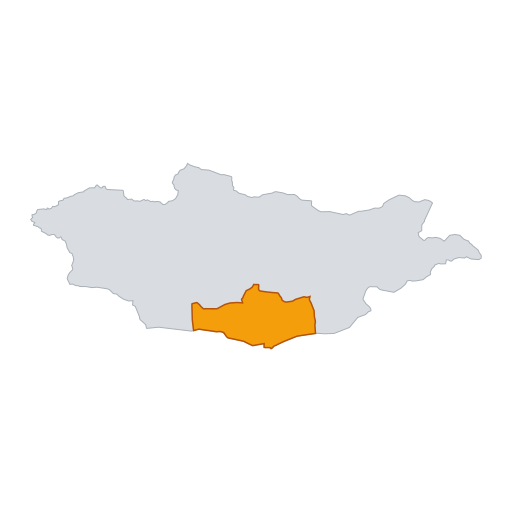 where Ömnögovi sits in Mongolia
{"feature_id": "MNG-3298", "entity_name": "Ömnögovi", "entity_type": "Province", "adm_level": 1, "iso_a3": "MNG", "parent_name": "Mongolia", "parent_adm1": "", "projection": "robinson", "projection_center": [104.196, 43.387], "detail": "fine", "context": "in_parent", "style": "filled", "palette": "amber", "viewbox_px": 512, "rotation_deg": 0, "n_neighbors": 0, "source": "natural_earth", "source_scale": "10m", "svg_char_len": 5481}
<svg xmlns="http://www.w3.org/2000/svg" viewBox="0 0 512 512"><path d="M32.1,214.6L33.8,214.6L36.4,212.9L36.9,210.7L37.8,209.5L44.0,208.9L46.7,209.6L47.2,208.2L47.7,208.0L49.1,209.1L50.6,208.6L51.6,208.1L52.6,206.4L54.7,206.7L58.4,204.8L58.5,201.6L60.0,200.8L63.2,200.1L63.7,198.7L64.4,198.2L66.8,197.9L71.0,196.2L72.9,196.0L74.5,194.6L78.3,192.7L83.7,191.8L84.2,190.9L89.4,187.9L94.7,187.8L96.3,185.2L97.2,185.0L100.7,188.0L102.3,187.6L102.9,186.4L105.1,186.4L105.9,188.6L107.1,189.5L122.9,190.3L123.3,191.0L124.0,196.0L126.7,198.3L127.4,199.5L131.7,199.1L134.1,201.0L137.9,200.9L139.8,201.4L143.6,199.6L144.4,199.6L145.6,200.6L147.4,199.9L150.8,201.6L153.4,201.3L154.7,202.0L156.2,201.4L160.0,201.9L163.0,204.6L165.1,204.4L167.7,202.6L168.4,201.4L172.1,200.8L174.2,199.6L175.6,198.5L177.8,194.7L178.3,190.7L176.5,190.1L174.9,188.8L174.1,186.6L174.0,185.1L172.3,182.9L172.5,181.7L173.6,179.8L174.3,176.6L175.6,174.9L178.1,173.9L178.4,172.7L180.0,170.3L184.0,168.8L186.3,166.1L187.6,163.4L189.5,164.8L194.5,166.7L198.7,167.6L201.4,169.6L208.9,170.1L221.3,174.8L223.9,174.6L231.2,176.5L231.8,177.2L231.7,180.8L232.3,181.8L232.5,185.6L233.9,187.5L233.5,189.8L234.1,190.5L236.0,190.8L238.9,193.2L245.5,194.9L247.4,196.4L251.9,197.5L254.3,196.8L258.1,197.2L259.5,196.9L261.9,195.1L263.4,194.6L272.1,193.1L274.5,191.9L276.1,191.7L282.9,192.9L287.6,194.6L294.4,194.5L297.6,196.5L299.0,198.4L301.7,200.1L311.1,200.8L311.6,201.2L311.5,205.3L311.9,206.0L318.1,210.5L321.0,211.8L329.7,211.6L343.1,214.5L346.3,213.6L349.1,215.0L350.2,214.9L358.8,211.2L360.1,211.4L369.1,210.0L374.7,208.1L379.1,208.2L382.4,206.6L383.8,203.4L389.3,199.7L399.0,195.1L405.2,195.8L408.9,197.5L412.9,200.8L415.0,201.7L419.0,202.0L424.7,199.7L427.7,200.2L430.5,201.3L432.5,203.0L424.5,220.3L424.5,221.3L421.8,224.9L421.7,230.7L418.2,232.7L418.8,236.0L419.7,237.2L423.9,240.5L425.2,240.1L426.2,238.7L428.3,237.5L432.3,237.9L435.7,237.3L440.2,238.4L444.3,241.2L449.7,235.3L455.0,234.5L459.9,235.3L463.9,239.3L468.6,241.1L469.9,243.4L471.7,244.3L472.3,245.4L478.1,250.0L479.4,253.0L481.1,255.1L481.3,257.3L481.0,258.4L478.8,259.6L471.1,259.0L466.4,256.8L464.8,258.0L458.9,257.6L455.6,258.5L453.4,259.3L452.1,260.8L451.1,261.1L450.1,261.0L448.3,259.9L446.8,259.9L446.3,260.2L445.6,263.8L440.5,263.9L438.8,263.4L434.7,265.1L434.2,266.5L432.0,268.5L430.2,272.2L430.7,273.8L430.2,274.8L426.5,276.8L423.1,279.7L415.8,280.9L412.4,281.1L409.7,280.4L407.2,280.9L405.4,284.2L400.8,288.3L393.9,292.3L381.2,289.9L379.6,289.3L376.9,286.8L369.6,286.7L367.5,288.3L365.8,290.9L362.9,299.1L365.9,303.7L369.4,306.8L370.8,308.9L370.9,310.8L368.6,311.6L365.5,314.6L357.8,317.4L349.4,327.5L334.2,333.4L324.7,333.8L317.3,333.3L297.0,336.1L284.0,341.4L274.3,345.9L272.1,348.1L271.2,348.5L269.4,347.6L264.1,347.3L264.1,343.5L252.7,345.7L243.4,341.2L230.2,338.4L227.5,337.4L223.0,332.3L220.6,331.7L214.8,331.4L198.8,329.2L191.3,331.1L158.7,327.2L146.8,328.4L146.4,328.0L145.7,324.7L140.3,319.8L139.6,318.5L139.4,316.6L135.3,306.4L132.5,304.9L133.0,300.7L128.7,301.0L123.9,299.4L119.1,296.4L116.8,294.1L113.4,293.6L109.3,289.6L107.3,288.8L97.0,287.2L91.8,287.6L86.2,286.6L79.9,286.5L77.9,285.6L76.0,285.7L72.4,284.0L69.9,284.4L67.2,278.6L68.2,274.9L69.6,272.8L72.7,269.6L72.7,268.4L71.7,265.5L73.7,260.3L73.3,257.0L71.9,253.4L69.8,252.6L67.1,247.6L66.3,243.8L65.2,241.1L62.1,239.5L61.2,237.2L60.3,237.0L59.6,237.8L57.7,238.1L55.8,236.6L54.9,235.0L53.8,234.5L51.7,234.6L49.7,235.4L47.7,235.0L46.0,233.5L41.4,231.2L41.4,229.5L40.8,228.3L39.4,227.9L38.0,226.7L33.5,225.3L33.5,224.4L34.9,222.6L31.8,221.1L30.7,219.5L32.7,217.4L32.0,216.0L32.1,214.6Z" fill="#d9dde1" stroke="#a8b0b8" stroke-width="1"/><path d="M216.6,331.8L210.9,330.9L205.1,330.1L199.3,329.2L198.6,329.2L193.6,330.6L192.3,319.9L191.9,305.1L192.0,303.9L192.1,303.7L196.5,302.6L196.9,302.6L197.1,302.7L199.5,304.7L201.1,306.7L203.2,308.6L204.1,308.9L205.4,308.7L216.5,308.8L216.8,308.8L217.5,308.5L224.7,304.6L225.8,304.2L230.0,303.0L237.2,302.5L242.6,302.9L242.6,302.6L242.5,302.1L241.6,299.9L241.6,299.3L241.8,298.8L242.5,298.3L242.7,298.0L243.0,297.5L243.2,296.6L243.4,296.1L245.9,291.3L246.3,290.6L249.3,289.2L251.7,287.6L252.1,287.1L252.5,286.8L253.4,285.1L253.6,284.8L253.7,284.5L258.4,284.6L258.7,284.9L258.7,285.1L258.7,285.6L258.7,285.8L258.7,286.5L258.7,286.8L258.6,287.0L258.5,287.4L258.5,287.5L258.6,287.8L258.7,288.0L258.6,288.6L258.5,288.8L258.5,289.1L259.1,290.2L259.4,290.6L259.8,290.8L260.9,291.1L267.2,292.0L273.1,292.6L277.2,292.9L278.0,293.1L278.3,293.3L280.1,296.3L281.1,297.4L281.5,298.2L281.7,298.6L281.7,299.0L281.7,299.3L281.9,299.8L282.2,300.2L283.3,301.0L284.4,301.6L285.5,302.0L286.0,302.1L290.4,301.5L291.7,301.3L292.4,301.1L293.4,300.7L294.7,299.8L295.7,299.3L303.8,296.8L304.3,296.8L304.9,296.9L306.0,297.3L307.7,297.2L310.0,296.5L309.4,299.1L309.4,299.6L309.5,299.9L309.6,300.3L310.9,302.6L314.1,310.8L314.2,313.5L314.3,315.7L314.5,317.3L315.3,320.7L315.3,321.4L315.4,322.1L315.3,322.9L315.1,323.7L314.9,324.5L314.9,324.9L315.5,333.4L309.3,334.3L303.2,335.2L297.0,336.2L290.5,338.8L284.0,341.4L278.3,344.1L277.2,344.6L276.6,345.1L276.4,345.2L276.1,345.2L275.4,345.6L274.6,345.7L274.3,345.8L271.6,348.5L271.0,348.6L270.5,348.0L270.2,347.7L269.8,347.6L265.6,347.6L264.2,347.4L264.1,347.2L264.1,343.6L258.5,344.6L252.8,345.6L252.4,345.5L248.1,343.5L243.9,341.4L243.4,341.2L238.4,340.1L233.4,339.0L228.4,338.0L227.5,337.6L226.3,336.3L224.1,333.0L222.7,332.1L221.1,331.7L219.4,331.5L216.6,331.8Z" fill="#f59e0b" stroke="#b45309" stroke-width="1.5"/></svg>